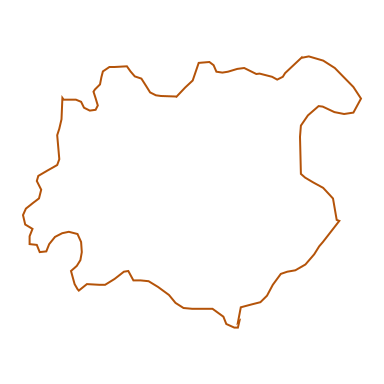 the district of Bonghwa-gun, North Gyeongsang, South Korea
{"feature_id": "91817680B47987210748527", "entity_name": "Bonghwa-gun", "entity_type": "district", "adm_level": 2, "iso_a3": "KOR", "parent_name": "South Korea", "parent_adm1": "North Gyeongsang", "projection": "mercator", "projection_center": [128.885, 36.914], "detail": "fine", "context": "isolated", "style": "outline", "palette": "amber", "viewbox_px": 384, "rotation_deg": 0, "n_neighbors": 0, "source": "geoboundaries", "source_scale": "gbopen_adm2", "svg_char_len": 1620}
<svg xmlns="http://www.w3.org/2000/svg" viewBox="0 0 384 384"><path d="M301.7,57.5L285.1,73.1L282.8,76.8L277.2,79.6L272.1,76.8L259.6,73.6L256.3,74.0L244.2,68.0L237.3,68.9L228.0,71.7L222.4,72.6L216.4,71.7L213.6,65.2L209.4,62.0L198.7,62.9L192.7,80.5L185.2,87.5L176.4,96.8L175.6,96.5L161.0,96.0L155.9,95.3L150.1,92.4L146.5,86.6L141.4,78.6L134.8,76.4L130.5,71.4L126.9,66.3L114.5,67.0L109.4,67.0L102.9,71.4L101.4,77.2L100.0,84.4L94.9,89.5L93.5,91.7L95.6,98.2L97.8,105.5L95.6,109.8L89.8,110.6L84.0,107.7L81.1,101.8L76.0,99.7L63.7,99.7L62.4,97.9L61.5,119.3L59.3,128.7L57.2,135.2L59.3,159.2L57.2,165.0L47.0,170.8L38.3,175.9L36.8,181.0L41.2,189.7L39.0,198.4L33.2,202.8L25.9,208.6L23.0,215.1L25.2,224.5L32.5,228.9L29.6,236.2L29.6,244.1L36.8,244.9L39.7,252.1L46.3,251.4L49.2,244.1L55.0,236.9L62.2,233.2L68.8,231.8L77.5,234.0L81.1,242.0L81.8,252.1L80.4,260.1L76.8,265.9L71.0,271.0L74.6,284.1L77.5,289.1L78.8,290.6L86.9,284.1L99.3,284.8L105.1,284.8L114.5,279.0L123.9,271.7L128.3,271.0L133.4,280.4L140.6,280.4L148.6,281.2L158.1,287.0L169.0,295.0L175.5,302.9L183.5,308.0L192.2,308.8L203.1,308.8L212.5,308.8L223.4,316.7L226.3,324.0L234.3,327.6L237.9,327.6L239.4,321.1L237.9,322.5L240.8,307.3L251.7,304.4L260.4,302.2L267.0,295.7L272.8,284.8L280.8,273.9L287.3,271.7L295.3,270.3L305.4,264.5L314.2,254.3L319.2,246.3L322.9,242.0L339.3,220.9L336.7,219.9L333.0,198.5L323.2,187.9L313.0,182.3L305.1,177.6L300.9,173.9L300.0,136.8L300.9,125.6L307.9,115.4L318.6,106.1L322.7,106.6L334.4,112.1L344.1,114.0L353.4,112.6L361.0,98.6L353.4,87.0L334.8,68.0L323.2,60.6L308.8,56.4L301.8,57.8L301.7,57.5Z" fill="none" stroke="#b45309" stroke-width="2"/></svg>